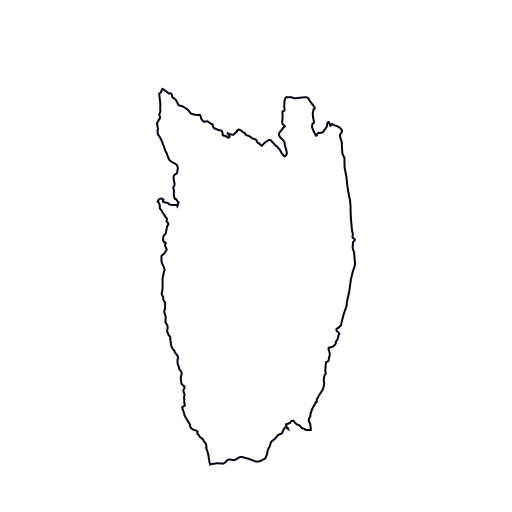 Valle De San Juan, Tolima, Colombia, rotated 337°
{"feature_id": "7082276B19583414449803", "entity_name": "Valle De San Juan", "entity_type": "district", "adm_level": 2, "iso_a3": "COL", "parent_name": "Colombia", "parent_adm1": "Tolima", "projection": "equal_earth", "projection_center": [-75.172, 4.189], "detail": "fine", "context": "isolated", "style": "outline", "palette": "ink", "viewbox_px": 512, "rotation_deg": 337, "n_neighbors": 0, "source": "geoboundaries", "source_scale": "gbopen_adm2", "svg_char_len": 6136}
<svg xmlns="http://www.w3.org/2000/svg" viewBox="0 0 512 512"><g transform="rotate(337 256 256)"><path d="M132.3,430.1L134.0,430.1L136.0,430.9L138.7,431.3L143.6,433.8L145.0,434.3L147.9,433.7L149.1,432.9L151.1,432.6L152.2,433.0L155.4,435.1L156.8,435.5L162.6,434.8L163.5,435.1L164.4,435.4L170.3,440.1L175.7,445.3L177.6,446.1L180.0,446.4L185.3,446.0L188.4,443.1L191.3,438.9L194.8,436.1L196.3,433.9L197.4,433.0L202.3,431.5L206.6,429.3L209.5,429.5L210.6,429.2L214.2,426.1L215.6,425.2L216.5,425.5L218.0,427.8L218.1,427.0L217.6,425.7L217.3,424.1L217.9,422.7L218.2,422.5L219.6,423.2L220.2,422.8L222.3,422.9L224.2,421.6L226.1,422.3L226.8,425.0L227.8,426.8L228.4,427.7L229.3,428.2L230.1,429.6L231.0,432.3L231.5,433.0L232.4,433.4L233.2,434.2L233.5,435.3L238.2,437.6L238.6,437.5L240.3,431.8L240.1,428.7L240.6,427.1L243.5,424.6L244.4,422.6L245.5,421.6L247.6,419.0L254.0,414.1L254.1,413.8L254.5,413.5L255.0,413.8L255.9,412.0L256.6,411.2L257.8,410.5L258.9,409.3L264.4,405.7L265.8,404.4L267.3,402.6L268.2,401.4L269.0,399.8L269.6,397.3L271.0,394.6L273.0,392.2L273.9,391.8L274.3,391.3L274.8,389.0L278.2,382.3L279.2,381.0L280.8,381.2L282.0,380.6L283.5,378.0L284.6,377.0L285.9,374.2L286.5,369.5L287.3,368.8L288.7,369.3L292.4,369.3L294.7,368.1L295.4,367.4L296.1,366.0L298.6,364.5L301.4,360.8L301.9,360.5L302.3,359.9L302.2,359.0L301.9,358.1L301.3,357.4L301.0,356.1L301.2,355.1L302.1,354.4L303.9,354.3L307.2,353.0L307.9,351.7L314.2,343.6L319.9,337.3L321.7,333.8L327.7,325.5L334.5,314.2L339.6,307.4L341.8,305.2L344.1,301.9L347.6,291.4L347.8,290.3L347.9,287.3L348.5,285.4L350.6,281.4L351.2,280.8L352.6,280.4L353.3,279.7L353.2,278.7L352.2,277.3L352.3,275.9L353.5,274.4L354.8,268.5L357.6,259.8L360.4,252.1L362.2,247.8L364.2,241.9L365.9,233.6L367.4,227.5L370.3,217.9L372.0,209.7L372.8,207.4L375.7,200.3L375.5,195.7L377.4,190.0L379.4,184.8L380.0,179.3L380.3,178.0L380.6,177.4L383.6,175.2L384.1,174.5L384.1,173.1L383.4,170.8L381.9,168.8L378.8,165.8L377.6,164.3L377.1,164.2L375.7,165.3L375.4,165.3L375.3,164.7L375.5,161.8L375.4,161.3L375.1,161.0L374.0,161.2L371.6,164.6L370.8,165.3L367.7,167.0L366.6,168.0L365.8,168.2L363.1,167.8L361.5,166.9L360.4,167.4L358.9,168.9L358.2,168.6L357.8,164.2L357.9,159.3L359.5,156.4L361.3,156.0L361.7,155.6L362.5,151.5L363.7,147.4L366.3,143.5L367.6,143.2L367.9,142.8L367.6,140.0L366.1,134.3L365.7,131.1L365.2,130.2L363.2,129.0L353.0,125.9L350.3,123.5L346.0,121.7L345.1,121.9L343.5,123.5L342.6,124.8L340.4,129.4L339.5,132.5L338.8,133.3L337.0,133.4L336.6,133.8L334.9,138.2L332.2,143.5L332.0,145.0L332.4,146.1L333.2,147.2L333.2,147.9L331.1,148.6L328.3,150.4L326.0,151.4L324.8,152.7L324.5,153.8L324.6,156.2L326.6,161.2L326.6,162.6L325.8,165.8L325.2,170.9L324.4,173.7L323.9,174.4L322.6,175.2L321.3,175.4L320.5,174.2L320.2,172.4L319.8,171.6L319.4,167.5L318.0,163.0L317.1,161.8L314.8,155.2L314.2,154.5L313.3,154.3L310.3,154.7L308.1,155.2L304.4,156.8L303.8,155.9L303.0,154.1L303.0,153.6L302.2,153.1L301.6,151.9L301.6,149.4L301.4,148.9L300.4,147.7L298.9,146.8L296.7,143.1L294.2,140.8L293.9,140.2L293.7,138.4L292.2,136.7L291.7,135.3L291.2,134.5L289.6,132.8L288.6,132.8L288.1,133.4L287.4,133.3L287.0,134.0L286.4,134.3L285.0,134.5L282.8,135.5L282.2,135.5L278.6,132.9L277.9,131.9L277.7,132.1L277.8,132.8L278.4,134.0L278.4,135.6L277.4,136.4L276.7,136.3L276.0,135.5L275.7,134.5L275.2,134.3L274.9,133.5L273.5,132.8L272.6,131.9L273.3,129.7L273.4,128.0L273.2,127.4L272.5,126.4L270.7,125.6L270.2,124.7L269.2,124.0L268.5,122.9L267.8,122.8L267.0,120.7L267.4,117.7L266.5,117.1L264.3,113.6L263.6,112.9L262.6,112.5L260.8,112.3L260.2,111.5L259.6,109.9L259.2,107.8L259.7,105.5L259.7,104.8L259.4,104.2L255.3,102.4L251.9,99.6L251.5,98.8L250.7,95.5L249.7,93.6L246.9,89.5L243.6,87.0L243.5,83.2L243.0,80.3L241.2,77.5L241.0,76.9L241.6,74.5L241.2,73.1L240.8,72.7L239.3,72.5L238.0,69.9L235.3,65.6L234.6,66.0L232.0,68.5L230.3,68.7L227.6,77.9L226.6,80.4L226.0,81.3L224.5,85.6L222.3,87.8L221.8,91.1L221.4,91.7L220.0,92.4L219.3,93.2L216.9,94.8L216.3,96.7L215.6,100.3L214.2,102.6L213.6,104.1L213.3,106.0L214.0,109.2L214.2,112.5L214.0,119.5L213.6,123.0L213.9,126.0L213.6,132.5L213.9,134.3L215.0,136.1L218.5,140.7L218.7,141.7L218.6,144.1L216.7,147.4L215.2,149.1L214.6,149.3L212.7,149.3L211.3,150.5L210.5,152.1L209.6,156.3L209.1,158.0L208.3,159.3L206.6,160.7L206.2,161.9L206.2,163.2L205.3,165.5L204.7,166.1L204.5,167.7L203.7,168.6L203.9,170.1L203.5,171.2L203.7,171.8L204.5,172.2L205.0,173.9L205.1,175.4L205.7,176.5L204.6,177.4L204.2,178.2L203.0,179.5L202.9,178.5L202.3,177.7L199.8,176.8L196.9,175.1L196.2,174.3L195.6,172.7L192.6,170.7L191.7,169.8L191.6,169.4L191.7,169.0L192.8,168.0L192.1,166.6L190.8,165.9L189.4,165.8L188.0,166.4L186.7,167.5L187.4,169.0L187.3,170.9L187.2,171.8L186.3,173.9L186.2,175.0L186.9,177.6L186.9,179.4L187.3,180.4L187.4,181.9L188.0,183.1L187.8,184.5L188.5,186.2L188.6,186.7L188.2,187.7L187.1,189.0L187.9,190.8L187.7,192.6L187.3,193.1L185.9,193.8L181.6,200.1L179.1,201.1L178.1,202.2L177.1,204.0L176.6,206.0L176.6,206.9L176.7,207.3L177.8,208.1L178.0,208.6L177.8,209.1L176.6,210.0L176.3,210.8L176.4,214.8L176.1,215.4L173.5,217.2L171.8,218.1L169.4,218.7L168.7,219.5L168.0,221.6L167.2,223.0L166.9,224.3L166.6,226.3L166.8,228.7L166.8,230.5L166.4,233.3L165.4,234.2L161.4,239.8L157.5,248.9L156.5,250.9L154.5,253.7L154.3,254.5L154.4,257.5L153.6,260.2L153.7,261.3L154.2,263.1L151.8,268.8L150.0,270.9L149.6,271.8L149.3,275.5L148.7,277.7L146.7,281.7L147.3,285.2L146.6,287.6L144.7,290.7L144.7,294.5L145.4,297.0L144.4,299.7L142.8,306.0L143.1,309.6L143.9,311.2L143.6,312.9L144.4,315.6L144.7,317.3L144.7,319.0L143.1,321.0L141.7,324.7L141.7,327.4L141.3,328.9L141.3,330.3L141.9,333.1L141.8,334.9L140.2,337.4L139.1,338.7L137.6,343.9L137.7,345.4L139.0,347.9L139.1,348.8L138.3,349.8L136.9,351.0L136.6,351.4L136.2,353.0L136.3,354.5L136.1,355.5L134.6,357.9L132.5,363.7L132.3,365.3L131.8,366.0L129.1,366.2L128.8,366.9L128.3,373.2L127.9,374.8L129.3,385.2L128.9,387.1L128.8,388.7L130.3,391.3L132.6,393.2L133.5,394.3L133.5,395.1L132.9,395.6L132.6,396.8L132.9,397.6L133.3,398.3L133.6,400.6L135.4,403.9L135.7,406.5L136.4,408.8L136.5,409.6L136.1,411.4L135.9,412.3L135.2,412.9L134.8,418.1L134.4,420.6L132.8,426.6L132.3,430.1Z" fill="none" stroke="#020617" stroke-width="2"/></g></svg>